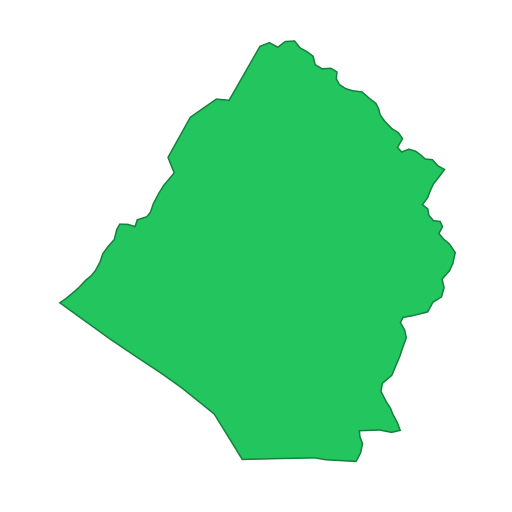 outline of Craíbas, Alagoas, Brazil, rotated 86°
{"feature_id": "56859067B56014310634497", "entity_name": "Craíbas", "entity_type": "district", "adm_level": 2, "iso_a3": "BRA", "parent_name": "Brazil", "parent_adm1": "Alagoas", "projection": "natural_earth1", "projection_center": [-36.799, -9.64], "detail": "fine", "context": "isolated", "style": "filled", "palette": "green", "viewbox_px": 512, "rotation_deg": 86, "n_neighbors": 0, "source": "geoboundaries", "source_scale": "gbopen_adm2", "svg_char_len": 1515}
<svg xmlns="http://www.w3.org/2000/svg" viewBox="0 0 512 512"><g transform="rotate(86 256 256)"><path d="M459.7,246.6L461.5,211.3L464.2,200.1L467.9,170.5L459.5,165.3L450.5,162.8L443.8,164.9L437.5,165.1L437.9,154.0L438.2,145.0L441.4,133.0L440.0,124.3L432.4,126.5L423.1,130.6L417.4,132.4L410.5,136.2L399.8,140.8L391.9,138.8L384.4,128.8L365.8,119.4L359.2,116.7L348.1,111.8L340.4,112.8L332.5,116.6L327.5,113.5L326.6,104.9L323.8,88.7L314.5,82.7L309.7,73.8L300.7,70.6L292.0,72.0L284.2,64.0L277.3,60.2L266.5,57.0L257.5,62.2L252.4,67.5L246.4,72.0L239.8,67.9L234.4,69.9L233.1,76.5L227.5,80.7L220.9,81.4L216.4,86.4L209.8,80.7L203.0,77.6L196.3,73.8L189.4,67.5L182.9,61.9L178.5,68.6L172.2,73.3L171.1,80.4L166.8,84.6L162.6,89.4L160.1,96.1L162.4,103.4L157.6,107.3L149.2,101.6L143.1,105.2L138.3,111.7L130.6,118.1L123.9,122.3L117.7,123.4L112.2,125.7L106.5,132.1L99.7,138.8L97.9,148.0L95.2,155.1L90.7,160.9L84.9,163.5L78.0,162.4L73.9,168.4L73.9,177.0L69.3,183.6L60.7,185.1L55.9,190.7L51.3,197.7L44.2,202.5L44.1,211.9L49.3,219.7L44.1,227.7L47.1,237.4L98.8,272.0L96.7,284.6L113.0,311.8L119.7,316.2L151.5,336.9L162.1,333.5L167.4,331.8L179.2,343.2L187.0,348.8L197.1,355.0L204.7,358.1L209.2,362.1L211.6,371.9L218.2,374.6L215.5,381.7L214.7,389.6L219.9,393.1L229.6,396.2L236.5,403.2L243.1,408.7L251.1,412.0L259.3,417.2L264.1,421.7L268.3,427.6L275.2,435.0L281.2,443.0L285.7,449.3L289.0,455.0L328.9,407.1L349.9,380.2L366.7,358.3L382.6,339.0L410.8,308.6L458.0,283.9L459.7,246.6Z" fill="#22c55e" stroke="#15803d" stroke-width="1.5"/></g></svg>